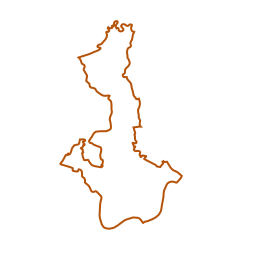 Hung Nguyen, Nghệ An, Vietnam (orthographic projection), rotated 11°
{"feature_id": "81297802B19242536298701", "entity_name": "Hung Nguyen", "entity_type": "district", "adm_level": 2, "iso_a3": "VNM", "parent_name": "Vietnam", "parent_adm1": "Nghệ An", "projection": "orthographic", "projection_center": [105.613, 18.684], "detail": "fine", "context": "isolated", "style": "outline", "palette": "amber", "viewbox_px": 256, "rotation_deg": 11, "n_neighbors": 0, "source": "geoboundaries", "source_scale": "gbopen_adm2", "svg_char_len": 5746}
<svg xmlns="http://www.w3.org/2000/svg" viewBox="0 0 256 256"><g transform="rotate(11 128 128)"><path d="M160.9,218.3L162.4,216.8L165.3,215.5L169.0,213.1L172.1,210.6L174.7,207.4L175.8,204.4L176.1,203.3L176.2,201.8L176.0,196.6L176.0,189.5L175.4,184.4L175.3,183.0L175.5,181.8L176.1,179.3L176.8,176.1L177.2,175.2L178.1,174.0L179.6,172.9L181.0,172.3L182.7,172.1L183.9,172.1L185.3,172.4L185.9,172.4L186.5,172.0L189.4,167.0L189.8,165.7L189.9,164.8L186.8,162.9L184.6,161.8L182.0,161.2L180.1,160.6L178.7,159.8L177.2,158.6L172.7,153.7L169.5,154.6L169.0,153.8L168.3,154.4L169.2,156.2L169.0,156.3L167.1,160.1L164.0,160.3L161.9,158.9L152.5,156.2L150.4,155.5L149.8,155.2L151.2,152.5L151.1,152.2L150.8,152.1L150.1,152.5L149.8,152.5L149.0,152.1L147.6,152.2L146.9,152.6L146.8,153.0L146.9,153.3L146.8,153.6L145.8,154.0L145.7,153.9L145.7,153.0L145.4,152.6L144.6,152.4L144.5,152.1L144.6,149.7L144.4,149.2L143.8,148.7L142.5,148.5L141.6,148.7L140.3,149.1L139.5,149.3L138.3,148.6L137.9,148.3L137.9,147.8L138.6,145.0L138.5,144.9L138.2,144.8L137.4,145.1L137.2,144.5L135.4,141.9L135.4,141.7L135.7,141.6L138.4,141.6L138.9,141.2L139.0,140.7L139.0,139.9L138.9,139.7L137.6,138.6L137.1,138.0L136.6,135.9L136.5,135.0L135.6,133.1L136.0,132.5L136.1,132.2L135.9,131.3L133.3,126.4L138.8,124.5L140.3,124.2L139.4,123.5L138.9,122.5L138.7,121.9L138.6,121.1L138.5,118.5L138.2,117.9L136.6,115.9L136.4,115.2L136.1,113.4L135.9,112.6L135.2,111.2L134.4,108.3L134.8,106.2L135.1,104.8L135.2,103.4L135.2,102.6L135.0,101.8L134.5,99.9L133.1,97.1L132.0,97.8L131.3,98.0L130.5,98.0L130.2,97.4L129.6,96.9L129.0,96.5L128.2,95.8L127.3,94.9L125.6,90.9L124.1,88.1L123.0,85.1L122.5,84.0L121.7,83.1L121.1,82.5L119.9,81.8L119.1,81.1L118.2,80.2L117.5,79.5L117.1,78.3L114.0,78.8L113.5,78.4L112.9,77.4L112.7,76.8L112.9,76.3L114.0,75.3L114.4,74.5L114.1,72.1L114.1,71.4L114.3,70.6L114.6,69.9L116.2,67.7L117.0,66.2L117.2,65.3L117.3,64.0L117.1,63.2L116.8,62.6L116.2,61.6L115.3,60.3L114.1,59.1L113.7,57.2L112.7,54.3L112.5,53.1L112.4,52.1L112.6,50.6L112.8,49.8L113.1,49.4L114.6,48.2L115.0,47.6L115.2,46.9L115.1,46.3L114.4,44.9L114.2,44.2L114.2,43.5L114.3,42.8L115.0,40.7L115.1,38.8L115.0,36.1L115.1,35.0L115.6,33.4L115.7,32.4L115.0,32.5L114.2,32.3L113.5,32.0L113.0,31.5L112.5,31.0L111.9,28.7L111.9,28.0L112.3,27.0L112.3,26.5L112.2,26.2L111.8,25.9L111.3,25.8L110.8,25.9L110.1,26.0L109.7,26.3L108.9,27.4L108.2,27.8L107.4,27.9L106.6,27.7L105.7,27.1L104.0,26.9L103.3,27.1L102.8,27.3L102.0,28.4L101.8,28.8L101.9,29.3L102.1,29.8L104.0,31.3L104.6,31.8L104.7,32.2L104.7,32.8L104.5,33.2L103.9,33.9L103.2,34.3L101.8,34.6L101.0,34.4L100.5,34.1L100.2,33.7L100.0,33.2L99.9,32.5L99.5,32.0L99.1,31.8L98.4,31.8L98.0,32.0L97.8,32.3L97.3,31.8L96.7,31.1L96.6,30.2L96.6,29.6L96.7,28.9L97.7,26.2L97.4,25.5L97.2,25.3L95.9,25.4L95.3,25.7L94.8,26.1L94.5,26.6L94.3,27.5L94.3,28.2L94.8,29.8L94.8,30.2L94.1,30.8L93.8,30.9L93.5,30.8L93.1,30.5L92.7,31.0L92.9,31.4L93.5,32.1L93.5,32.3L93.4,32.6L93.0,33.0L91.7,33.4L90.5,33.5L90.0,33.4L89.4,32.9L89.1,33.6L89.1,34.0L90.7,35.1L90.8,35.3L90.9,36.2L90.6,36.9L90.2,37.4L89.6,37.6L89.0,37.4L88.5,37.9L88.5,38.6L89.6,40.5L89.7,41.8L89.6,43.4L88.9,45.4L86.0,50.4L85.1,51.2L83.5,51.8L83.1,52.1L82.7,52.7L82.5,53.5L82.5,53.9L82.7,54.2L83.4,54.4L85.1,54.6L85.7,54.8L85.7,55.7L84.0,57.4L79.4,60.4L76.1,62.7L66.1,68.2L66.5,68.4L68.3,70.1L69.2,71.5L70.3,73.5L72.9,74.5L73.4,75.0L73.8,76.3L73.8,76.9L73.3,77.9L73.3,78.8L73.6,79.6L77.3,83.7L77.8,84.5L77.9,85.5L78.0,89.4L78.1,89.8L79.3,90.6L81.5,91.8L82.6,94.4L83.3,95.2L83.6,95.3L84.8,95.3L88.1,95.6L88.7,96.1L89.2,96.9L90.8,98.3L94.0,99.8L95.8,100.5L97.3,100.9L98.9,100.9L100.3,100.6L102.4,99.9L103.1,99.8L103.7,99.9L103.7,100.3L103.0,102.3L103.1,102.8L103.3,103.2L105.7,104.6L106.6,105.9L107.3,108.2L108.3,113.1L109.1,115.1L109.1,117.2L108.4,120.0L108.4,122.4L108.5,123.4L109.5,125.4L110.7,128.7L111.0,130.1L111.2,131.2L111.1,132.2L110.4,133.1L107.9,135.0L106.1,135.5L102.1,136.3L98.5,137.3L96.9,138.0L95.9,139.2L95.3,140.1L94.3,143.2L92.4,147.6L92.2,148.1L93.1,149.6L93.6,149.8L95.4,149.8L97.3,150.8L100.8,151.6L104.1,152.0L105.1,152.5L105.5,153.2L106.0,154.5L106.0,156.2L105.9,159.7L106.2,161.1L107.2,163.4L107.6,163.9L108.2,164.1L108.9,164.1L109.4,164.5L109.8,166.0L109.8,167.7L109.7,168.5L109.0,169.3L109.0,169.7L109.1,169.9L110.2,170.0L110.2,170.4L109.5,171.5L108.8,171.7L102.7,171.8L99.9,171.4L99.1,171.0L96.4,168.6L95.4,167.2L94.6,166.9L92.7,167.6L91.5,167.8L91.2,167.8L90.8,167.6L89.1,164.7L87.8,161.7L87.8,161.4L88.0,161.1L88.7,160.7L88.6,160.3L87.9,159.2L87.8,158.1L87.6,157.9L85.7,156.9L85.7,156.6L86.0,156.3L86.9,155.9L87.1,155.5L87.3,153.4L88.4,153.3L88.5,153.1L88.5,152.6L88.4,152.2L88.1,152.0L86.5,150.7L86.4,150.5L86.4,150.1L86.7,149.8L88.0,149.1L88.3,148.8L88.0,147.9L86.9,147.6L83.0,148.4L83.0,152.7L82.1,153.7L79.6,154.8L78.4,155.3L78.2,155.9L77.1,158.2L76.9,158.9L76.6,162.1L76.4,163.4L75.7,165.0L75.2,165.3L74.9,165.4L74.6,164.7L74.3,164.5L73.8,164.8L73.6,165.2L73.6,166.1L73.3,166.3L72.2,166.4L72.0,166.7L70.2,172.5L68.6,175.6L68.5,176.1L68.7,176.3L69.2,176.5L76.4,177.2L79.7,177.6L81.1,177.9L81.5,178.1L81.6,178.4L81.7,180.0L82.0,180.4L82.5,180.6L86.0,180.5L86.5,180.4L87.1,180.0L87.3,178.4L87.5,178.0L88.2,177.9L89.1,178.1L90.1,178.6L90.9,179.4L91.5,181.3L92.1,183.9L92.3,184.4L92.6,184.6L94.8,185.7L95.8,187.2L96.1,189.6L96.4,189.9L97.3,190.4L100.3,192.1L101.3,193.1L103.1,195.5L103.5,196.4L104.4,197.2L105.1,197.4L105.8,197.4L107.0,197.0L108.1,196.3L108.8,196.3L109.5,196.5L114.7,200.2L115.0,201.0L115.4,201.9L115.1,205.2L115.2,207.8L116.0,214.1L116.8,219.4L117.7,222.0L120.4,227.2L122.3,229.4L123.9,230.4L126.5,230.7L128.3,230.5L130.3,229.9L132.3,229.0L133.3,228.5L136.5,225.6L141.0,220.6L142.4,219.2L144.1,218.0L150.2,214.8L154.5,214.3L156.4,214.6L157.8,215.5L160.9,218.3Z" fill="none" stroke="#b45309" stroke-width="2"/></g></svg>